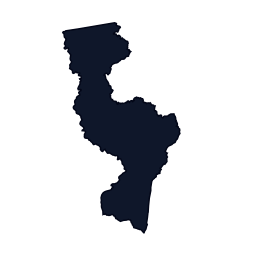 the district of Nsanje, Nsanje, Malawi, rotated 171°
{"feature_id": "42251766B55445306782248", "entity_name": "Nsanje", "entity_type": "district", "adm_level": 2, "iso_a3": "MWI", "parent_name": "Malawi", "parent_adm1": "Nsanje", "projection": "orthographic", "projection_center": [35.103, -16.718], "detail": "fine", "context": "isolated", "style": "filled", "palette": "ink", "viewbox_px": 256, "rotation_deg": 171, "n_neighbors": 0, "source": "geoboundaries", "source_scale": "gbopen_adm2", "svg_char_len": 5960}
<svg xmlns="http://www.w3.org/2000/svg" viewBox="0 0 256 256"><g transform="rotate(171 128 128)"><path d="M78.2,121.1L78.5,121.7L79.5,121.9L79.9,122.2L78.8,123.2L78.6,124.5L79.0,126.4L79.8,126.9L79.2,127.9L79.6,128.8L79.4,130.6L79.7,132.3L80.3,133.0L80.4,134.7L83.6,135.1L86.2,134.1L86.8,133.4L88.0,133.7L88.7,133.4L89.5,134.0L90.0,134.0L91.0,133.6L91.5,132.7L92.2,132.6L93.0,133.7L93.0,135.0L93.4,135.6L94.2,135.6L96.1,135.1L96.2,135.8L96.9,136.1L97.1,136.5L97.3,138.2L97.1,139.4L97.9,140.0L97.9,140.7L98.9,140.9L99.1,141.6L98.6,143.8L97.8,145.5L98.8,145.6L99.1,146.4L100.0,146.9L101.2,146.9L101.7,148.8L102.1,149.4L102.7,149.0L103.5,149.5L105.2,149.6L105.8,149.2L106.0,149.3L106.2,150.0L107.1,150.3L107.4,150.7L107.6,150.8L108.2,150.5L109.0,151.4L108.6,153.2L109.0,154.6L110.1,154.9L110.8,155.8L111.5,155.7L112.0,155.3L112.7,156.3L114.6,156.4L114.6,157.1L114.9,157.1L115.2,156.8L116.2,156.8L117.4,156.1L118.1,154.7L117.7,154.2L119.1,153.3L119.4,153.3L119.7,154.4L120.9,154.4L121.6,154.1L122.6,153.1L123.3,154.5L124.0,154.2L124.4,154.5L125.4,153.2L125.8,153.7L127.2,153.1L129.1,153.0L129.5,153.4L130.6,153.3L131.2,153.6L131.7,153.1L133.7,154.8L134.0,154.5L134.1,153.1L134.5,153.0L135.2,153.7L135.6,156.1L138.1,156.8L139.1,158.0L138.9,158.5L139.5,158.6L140.5,160.0L140.3,160.5L140.8,161.5L140.1,162.4L140.7,163.8L140.6,164.4L139.3,164.7L138.8,165.5L137.7,166.3L137.5,167.0L137.0,167.6L138.6,169.1L138.5,171.3L138.7,172.1L139.4,172.7L140.3,172.9L140.4,173.3L140.1,174.3L140.3,175.3L140.7,176.7L141.4,178.0L142.2,180.0L142.3,183.0L142.5,183.4L143.4,183.9L143.3,184.2L142.7,184.9L142.0,184.9L141.4,185.4L140.9,185.5L140.2,185.3L139.6,183.9L139.2,183.8L138.3,184.7L137.7,184.9L137.3,185.2L136.8,186.7L135.6,188.8L135.6,189.5L136.2,190.3L135.7,191.0L135.0,191.4L134.4,192.7L131.7,194.1L131.2,193.9L130.3,194.2L129.1,194.1L127.8,194.4L126.0,195.6L125.1,195.9L124.1,197.0L121.2,196.7L120.3,197.2L118.8,198.8L116.3,198.9L115.9,200.1L115.1,201.0L115.2,201.7L114.3,202.1L114.4,202.6L114.1,203.0L113.4,203.1L113.7,203.5L115.0,204.2L114.6,204.7L114.7,205.2L116.5,205.8L116.3,206.6L115.7,207.6L115.8,208.7L115.4,209.5L115.2,210.9L114.6,211.6L114.8,213.3L115.5,214.0L116.1,213.9L116.9,214.7L118.3,216.4L119.0,216.6L119.5,217.7L121.3,216.9L121.5,217.0L121.7,217.4L121.0,218.0L121.1,219.2L122.0,220.7L123.1,221.0L123.5,220.7L123.7,220.0L123.9,219.9L124.1,220.1L124.0,220.5L124.8,221.3L125.2,222.7L127.6,223.1L127.6,223.4L127.3,223.7L125.5,224.9L124.1,225.2L123.5,224.5L123.0,224.5L121.7,226.6L121.6,227.5L119.9,228.4L120.0,229.2L120.3,229.6L122.8,230.7L123.5,231.4L123.1,233.0L124.7,234.0L161.7,233.6L174.3,233.7L174.7,233.2L176.7,233.2L177.1,233.0L177.5,232.3L176.5,231.2L176.6,227.8L175.3,225.8L175.8,224.2L177.0,222.6L177.5,221.3L177.6,220.8L177.0,220.0L177.0,218.0L178.3,217.4L178.5,216.7L178.1,216.1L177.5,215.8L175.2,216.5L174.5,216.2L174.4,215.2L175.4,213.0L174.4,211.6L173.1,209.1L174.3,205.4L174.1,204.0L173.4,202.7L173.5,202.0L174.1,200.9L175.6,199.4L175.7,197.2L176.3,195.8L174.6,194.4L174.0,193.4L173.9,192.0L174.1,191.3L173.7,190.7L173.2,190.5L171.8,190.9L170.8,191.8L170.4,191.6L169.7,190.5L168.0,190.3L167.2,189.9L167.2,189.5L168.4,188.6L168.6,187.9L168.2,187.3L166.8,187.0L166.4,186.7L166.2,185.8L166.5,184.3L168.1,184.1L168.0,183.7L167.0,182.6L167.1,181.9L168.2,181.1L168.3,179.7L168.7,178.6L170.6,176.1L171.3,174.8L171.1,173.6L170.7,173.4L168.7,173.5L168.3,173.2L168.3,172.7L168.6,172.3L170.6,171.3L171.1,170.8L171.0,169.8L170.4,169.1L170.5,168.1L173.3,167.0L174.2,165.8L174.2,165.0L176.1,163.5L176.6,162.1L176.4,159.4L176.7,159.0L178.2,158.0L178.7,157.2L178.8,156.5L178.6,155.5L176.6,153.2L176.7,151.1L176.4,150.5L175.8,150.0L174.0,149.1L172.6,146.8L172.8,145.9L172.2,143.1L174.1,141.2L174.8,139.6L174.2,138.3L172.2,136.3L171.5,134.8L171.9,133.8L173.6,132.9L173.7,132.5L171.3,132.0L170.6,131.1L171.0,129.7L172.0,128.6L172.1,127.5L172.4,126.8L172.4,125.6L171.9,124.8L169.8,124.2L168.8,123.7L168.4,122.1L167.1,121.5L166.8,120.5L165.5,119.1L165.1,117.8L164.5,117.0L162.1,117.3L161.6,117.1L161.3,116.3L159.6,115.4L158.2,113.1L158.2,112.3L158.6,111.4L158.0,109.8L157.5,109.2L156.7,108.8L155.2,110.1L154.5,110.5L154.0,110.5L154.0,110.0L152.2,106.4L149.9,106.1L147.1,103.6L146.1,103.4L145.0,102.6L143.6,102.6L142.9,102.4L142.4,101.2L143.3,98.6L143.0,98.3L140.6,98.9L140.0,98.5L139.8,97.3L139.2,96.3L139.3,93.5L138.1,91.9L137.8,91.2L137.6,88.9L138.1,88.4L138.1,88.2L136.6,86.8L136.7,85.5L138.1,84.7L140.3,84.0L141.1,83.1L143.3,82.0L144.6,81.1L144.9,80.1L144.5,78.5L144.5,77.8L147.1,75.5L149.8,74.9L152.2,75.2L153.6,74.2L153.6,73.7L152.6,73.2L152.0,71.9L152.3,71.5L153.4,71.1L154.0,69.9L155.1,69.4L159.4,69.0L161.3,68.5L162.8,67.7L164.4,65.9L165.5,63.3L165.6,60.6L166.2,58.9L166.0,56.7L166.4,55.1L166.5,53.8L165.8,49.9L166.2,46.5L165.7,46.7L164.8,46.4L163.9,46.8L163.5,46.2L162.9,45.9L162.9,45.6L162.5,45.2L161.3,45.1L160.5,44.6L159.0,44.7L157.2,45.2L156.2,44.5L155.7,43.4L154.4,42.7L154.5,41.8L154.1,40.4L153.2,40.1L152.7,39.3L150.1,37.0L146.9,37.5L143.9,37.3L141.9,37.6L141.1,37.0L140.1,37.0L139.8,36.5L139.5,34.0L138.8,33.0L138.8,31.7L138.1,30.9L137.8,28.7L134.9,27.4L134.1,26.8L132.9,26.3L132.6,26.0L131.2,25.6L130.3,24.7L130.0,23.8L128.7,22.0L128.4,22.1L128.5,22.6L126.1,25.4L125.0,28.1L124.1,29.5L124.5,31.3L124.3,31.9L122.9,36.3L121.6,41.1L121.3,41.6L119.9,48.0L117.9,55.5L115.3,62.6L114.8,65.8L113.2,70.7L113.3,71.0L111.8,73.1L109.7,74.3L109.3,74.9L108.3,75.1L107.7,75.7L107.7,76.6L107.0,77.9L106.2,78.0L106.1,77.8L105.5,78.1L103.9,78.2L104.3,79.0L103.1,79.6L103.5,80.8L103.1,80.8L101.7,81.8L101.8,82.2L102.5,82.8L102.5,83.4L101.6,83.7L98.5,86.7L98.1,86.9L97.3,86.4L94.8,88.8L94.6,91.6L94.7,91.8L93.6,93.2L94.3,94.6L94.0,95.1L94.3,95.6L93.2,97.0L93.9,97.2L94.1,97.9L94.9,98.7L94.9,99.3L94.6,99.4L92.7,102.3L91.0,103.8L87.3,104.8L85.9,105.8L83.8,106.4L82.3,108.6L81.0,109.5L79.7,111.8L79.6,112.5L78.9,113.0L78.7,113.5L77.9,114.1L77.6,114.5L77.9,116.1L77.3,117.4L77.2,118.9L78.3,120.2L78.2,121.1Z" fill="#0f172a" stroke="#020617" stroke-width="1.5"/></g></svg>